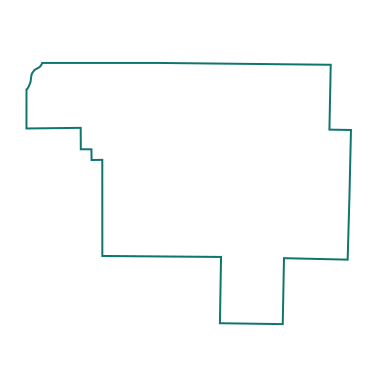 Athens, Ohio, United States of America, rotated 177°
{"feature_id": "52423323B42850579427463", "entity_name": "Athens", "entity_type": "district", "adm_level": 2, "iso_a3": "USA", "parent_name": "United States of America", "parent_adm1": "Ohio", "projection": "mercator", "projection_center": [-81.929, 39.369], "detail": "fine", "context": "isolated", "style": "outline", "palette": "teal", "viewbox_px": 384, "rotation_deg": 177, "n_neighbors": 0, "source": "geoboundaries", "source_scale": "gbopen_adm2", "svg_char_len": 506}
<svg xmlns="http://www.w3.org/2000/svg" viewBox="0 0 384 384"><g transform="rotate(177 192 192)"><path d="M34.9,180.8L30.0,245.6L51.5,247.1L46.8,311.8L219.7,322.7L334.9,328.7L335.0,328.3L336.6,325.7L338.3,324.4L342.9,322.1L345.4,319.0L346.2,317.3L347.5,310.3L349.5,305.9L351.1,303.6L351.9,303.1L354.0,264.1L299.8,261.9L300.8,240.5L290.2,239.9L290.6,229.2L279.9,228.8L284.9,132.8L166.4,125.6L171.0,59.5L108.3,55.3L103.6,121.1L40.1,116.3L34.9,180.8Z" fill="none" stroke="#0f766e" stroke-width="2"/></g></svg>